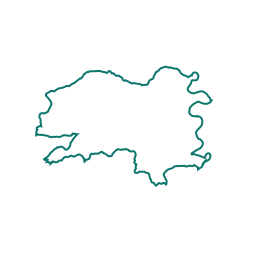 outline of Varadia De Mures, Arad, Romania, rotated 238°
{"feature_id": "2599482B27898501317074", "entity_name": "Varadia De Mures", "entity_type": "district", "adm_level": 2, "iso_a3": "ROU", "parent_name": "Romania", "parent_adm1": "Arad", "projection": "albers", "projection_center": [22.152, 46.066], "detail": "fine", "context": "isolated", "style": "outline", "palette": "teal", "viewbox_px": 256, "rotation_deg": 238, "n_neighbors": 0, "source": "geoboundaries", "source_scale": "gbopen_adm2", "svg_char_len": 5800}
<svg xmlns="http://www.w3.org/2000/svg" viewBox="0 0 256 256"><g transform="rotate(238 128 128)"><path d="M149.8,202.0L152.5,200.8L153.3,199.4L154.2,198.4L157.5,195.5L157.5,194.4L159.5,193.1L159.8,192.7L160.4,191.5L160.9,188.9L161.2,188.0L161.0,185.7L160.5,184.5L160.3,182.8L160.6,181.5L160.2,181.0L160.1,180.6L159.2,179.2L158.5,177.6L157.5,176.4L156.8,175.9L156.6,175.5L156.9,173.5L156.9,171.5L155.5,168.9L154.9,168.5L154.8,168.0L154.8,166.5L156.4,164.0L156.9,162.4L158.7,161.7L159.4,161.0L161.1,158.7L162.9,156.9L163.1,156.6L163.5,155.3L164.3,154.4L165.2,153.9L166.2,153.5L169.8,151.1L169.7,150.5L170.7,149.4L171.2,149.2L173.7,149.5L174.4,149.3L175.1,149.0L176.4,148.1L177.0,148.0L177.5,147.7L178.0,146.6L178.7,145.6L180.8,144.8L181.6,144.9L182.4,144.2L182.7,143.3L183.4,143.4L184.4,143.0L185.3,143.1L186.1,142.3L186.4,141.7L185.9,140.5L185.9,139.7L186.2,138.9L187.3,138.3L188.3,137.1L189.5,136.0L189.7,135.5L190.7,135.0L191.2,134.5L192.7,131.9L193.3,130.5L194.0,129.8L194.5,128.6L194.8,128.2L195.1,127.5L195.5,127.2L196.0,126.1L196.4,125.3L196.4,124.1L196.9,123.6L197.2,122.3L197.1,121.4L196.8,120.4L196.9,119.0L196.4,118.1L195.9,117.4L195.2,115.6L195.2,115.0L194.8,114.3L195.5,113.3L195.1,110.9L195.1,110.1L194.9,108.5L194.6,107.0L195.0,103.2L194.6,100.2L195.7,99.2L196.3,97.8L196.4,95.4L196.9,93.7L197.7,91.7L198.3,89.8L198.4,87.6L198.1,85.2L199.0,83.9L200.3,82.4L200.3,78.0L200.3,76.5L199.0,75.6L193.3,76.5L189.9,76.3L188.1,75.0L185.2,70.0L184.3,68.9L184.5,65.9L185.0,64.2L186.1,63.3L186.4,62.3L186.4,60.8L184.8,58.9L184.1,58.6L182.5,58.5L181.0,58.1L179.7,57.3L178.9,56.7L176.7,55.9L176.2,55.4L175.4,55.3L176.3,54.2L176.7,52.8L176.6,52.2L176.7,51.3L176.4,50.7L175.1,49.9L174.8,50.0L174.9,49.6L174.5,49.3L172.2,47.5L172.4,47.8L171.8,47.7L172.1,47.4L171.6,47.1L170.5,46.3L170.3,48.0L168.5,50.0L167.3,52.3L166.2,53.1L163.7,55.9L162.2,56.6L161.6,57.6L160.7,58.2L160.3,59.9L159.3,60.9L158.3,63.2L156.6,65.0L155.9,69.7L154.5,71.7L152.5,74.0L151.8,75.6L151.9,77.2L152.6,78.0L152.6,78.3L151.4,79.4L150.8,80.5L149.8,81.1L149.5,81.6L149.3,80.0L148.4,78.1L148.0,76.2L146.6,73.7L146.2,72.2L145.6,71.2L144.0,70.0L142.5,67.5L142.6,66.9L142.1,65.5L142.1,65.0L142.2,64.4L142.8,63.5L143.7,63.2L145.5,63.0L146.4,62.4L147.7,61.3L148.1,60.5L148.2,59.0L148.5,58.6L148.9,58.3L149.1,57.9L149.1,57.4L148.8,56.8L148.7,56.4L148.9,56.0L149.0,54.6L148.8,54.4L147.7,48.1L147.1,47.6L146.4,45.1L146.0,42.9L146.3,41.9L146.1,40.4L145.5,40.5L145.4,40.8L145.5,41.3L145.2,41.0L145.2,41.4L145.0,41.5L144.7,41.2L144.6,41.3L144.4,42.0L144.2,42.5L143.9,42.7L143.9,42.2L143.5,41.9L143.4,42.6L143.2,42.6L143.0,42.1L142.2,40.9L141.9,41.5L142.0,41.9L141.6,42.3L140.4,42.5L140.3,43.1L139.9,43.8L139.1,43.8L139.2,44.5L138.7,43.9L139.1,46.6L138.8,47.3L137.6,48.0L136.7,49.4L136.5,50.6L136.9,52.0L136.4,53.3L135.5,54.7L136.4,56.4L136.8,58.6L136.5,60.1L135.1,61.8L134.9,63.2L134.8,65.1L132.4,66.8L131.8,71.5L131.3,72.8L128.5,74.3L127.6,74.4L126.5,74.1L124.6,74.7L124.3,74.0L123.9,73.7L122.5,73.3L123.1,75.9L122.7,77.0L122.5,78.7L123.7,80.5L125.2,82.1L125.6,83.0L125.1,84.2L124.4,84.5L123.9,86.2L123.6,86.8L122.9,87.7L122.3,88.7L121.9,89.9L122.1,92.0L121.4,93.5L120.3,93.5L119.7,94.1L116.7,95.8L115.7,96.0L114.4,96.5L114.1,97.4L113.1,98.4L113.1,99.7L114.3,101.4L115.4,105.9L115.5,108.0L112.8,111.0L112.8,112.1L111.8,113.3L111.3,115.1L108.6,117.1L107.7,116.9L106.6,117.9L105.6,120.1L105.0,120.8L103.1,121.0L102.3,120.8L100.7,120.0L99.9,118.9L98.5,117.2L98.0,116.9L96.9,116.8L96.5,116.6L96.1,115.6L95.6,115.2L94.6,115.0L93.8,115.2L93.1,115.7L92.5,115.7L92.1,115.0L91.0,113.9L90.4,113.6L89.7,113.4L89.3,113.1L88.9,111.9L88.2,111.1L87.1,110.4L85.9,110.7L85.5,111.2L84.8,112.7L85.0,113.4L85.0,114.2L82.8,117.9L82.0,118.9L81.0,119.2L79.1,121.1L78.3,121.4L77.1,121.2L73.4,119.9L71.9,120.0L70.1,119.4L69.7,119.4L68.9,119.7L68.4,120.4L67.5,120.8L67.0,121.0L65.8,120.7L64.3,121.1L64.2,121.4L64.4,121.9L64.5,123.3L65.0,124.2L64.9,124.9L64.7,125.3L62.9,126.7L62.8,127.1L62.9,127.8L62.7,128.8L62.4,129.3L61.8,129.7L60.2,130.2L59.9,130.5L60.7,131.3L62.3,132.6L69.2,133.4L70.1,134.0L70.1,134.4L70.3,134.8L70.4,135.2L71.0,136.1L71.5,139.0L71.5,140.5L70.5,144.0L70.7,147.1L70.5,147.9L69.4,149.9L65.8,156.2L64.8,156.5L64.5,156.9L64.1,157.9L63.7,159.5L63.4,160.2L61.4,162.6L61.3,163.1L61.6,164.2L61.4,164.5L57.8,166.4L55.7,165.4L55.9,167.4L55.9,169.6L56.1,170.4L56.4,171.0L57.3,171.6L57.4,172.8L57.9,173.1L58.3,173.0L59.2,176.2L58.4,175.4L58.3,177.1L58.2,179.8L58.6,180.9L59.4,182.0L60.3,182.8L61.2,183.4L62.2,183.6L62.9,183.5L63.7,183.2L64.1,182.6L64.3,181.6L64.3,180.8L63.9,180.0L63.5,179.0L62.9,178.6L62.2,177.1L62.2,176.9L65.4,174.9L67.1,173.5L68.9,171.7L70.1,170.9L70.9,170.0L71.6,168.2L72.5,168.2L72.8,168.8L72.8,171.0L72.9,173.9L72.7,176.1L72.6,179.1L73.4,181.1L74.3,182.4L75.3,183.4L76.9,183.9L78.1,183.7L80.4,183.1L81.0,182.4L81.8,182.0L82.7,181.8L85.8,182.4L88.1,183.3L88.6,183.8L89.7,186.3L90.3,189.1L91.0,191.4L91.7,192.5L93.0,193.7L94.8,194.9L96.0,195.3L97.3,195.4L98.5,195.2L99.7,194.6L101.4,193.2L101.5,192.8L100.9,193.3L100.9,193.1L101.3,192.4L101.8,192.1L103.1,190.1L103.8,189.3L104.8,188.5L107.7,187.8L108.9,188.2L110.1,189.1L112.6,191.6L113.6,195.9L113.4,200.6L113.1,201.6L109.0,204.6L107.0,207.1L106.5,208.6L106.2,211.0L106.4,212.0L107.1,213.4L107.7,212.5L109.1,213.2L110.6,213.3L112.2,212.9L115.4,212.7L116.9,212.1L118.7,211.2L119.8,210.3L120.6,208.9L121.2,207.5L121.3,206.5L122.2,203.7L122.3,202.4L124.0,200.4L125.8,199.2L127.5,198.9L128.8,198.9L129.6,199.4L130.5,200.5L131.6,203.3L132.5,205.1L134.4,207.1L134.2,208.1L132.4,211.0L132.3,212.0L132.7,213.0L133.9,214.5L135.3,215.5L136.6,215.6L138.1,215.5L139.1,214.9L140.1,213.3L140.1,212.4L139.8,211.3L138.7,210.0L138.9,209.3L139.4,208.6L139.2,207.4L139.2,206.0L141.0,205.1L142.5,203.9L145.0,202.3L146.0,202.0L149.0,201.7L149.8,202.0Z" fill="none" stroke="#0f766e" stroke-width="2"/></g></svg>